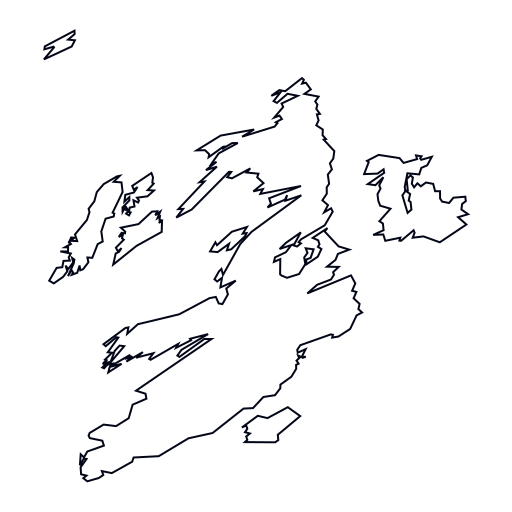 the district of Dønna nor, Nordland, Norway
{"feature_id": "86288312B44883610080028", "entity_name": "Dønna nor", "entity_type": "district", "adm_level": 2, "iso_a3": "NOR", "parent_name": "Norway", "parent_adm1": "Nordland", "projection": "albers", "projection_center": [12.485, 66.133], "detail": "fine", "context": "isolated", "style": "outline", "palette": "ink", "viewbox_px": 512, "rotation_deg": 0, "n_neighbors": 0, "source": "geoboundaries", "source_scale": "gbopen_adm2", "svg_char_len": 6038}
<svg xmlns="http://www.w3.org/2000/svg" viewBox="0 0 512 512"><path d="M302.0,78.1L285.2,91.2L279.3,90.1L271.3,95.8L280.6,92.2L273.6,101.1L276.9,102.9L287.5,93.8L297.8,95.8L281.6,103.5L283.2,107.0L274.2,117.6L279.5,115.6L281.9,119.0L275.8,122.3L277.4,123.2L274.6,126.6L242.1,136.7L254.1,129.5L220.6,135.6L196.6,150.4L205.0,150.2L209.2,154.2L208.6,157.3L223.1,146.8L224.9,146.6L221.9,149.1L232.1,143.1L237.8,143.0L218.7,153.4L211.3,164.0L216.5,161.9L205.9,170.1L216.9,166.7L199.6,182.2L204.4,181.5L178.4,209.1L183.1,208.9L176.3,217.6L191.7,209.5L229.0,171.8L231.2,172.0L227.2,177.2L232.0,178.3L250.3,168.4L246.6,172.5L258.4,173.7L257.2,177.3L263.5,183.1L253.3,191.4L262.9,189.1L260.3,193.9L301.0,186.0L269.1,198.3L270.9,203.6L267.5,207.5L285.0,199.6L287.1,195.1L285.5,200.7L301.3,195.3L251.6,231.8L240.2,244.1L223.0,274.9L221.4,268.9L218.9,271.5L214.5,279.3L217.2,281.5L222.0,277.8L220.4,287.4L235.8,280.6L226.3,288.5L227.9,294.4L222.4,304.1L218.7,303.4L215.8,296.9L209.4,298.2L179.2,314.3L137.9,324.2L127.2,333.8L128.4,327.4L125.4,328.0L103.5,344.2L105.7,346.2L116.4,337.2L118.3,337.6L107.8,352.3L112.1,352.7L105.0,359.6L106.5,360.2L103.5,362.9L103.0,364.5L104.4,362.5L107.8,362.3L102.3,367.5L104.1,368.3L111.0,360.9L114.7,350.9L119.6,345.6L124.2,346.2L108.9,364.3L112.2,363.7L109.9,366.4L108.3,372.4L121.6,363.8L110.7,366.7L111.7,365.6L130.2,354.8L127.5,358.0L132.3,356.3L126.4,361.6L142.9,352.1L136.1,357.7L153.4,353.2L149.1,358.9L150.6,359.8L178.2,343.9L176.1,347.8L191.1,340.2L190.0,338.8L208.1,334.1L181.5,349.8L177.4,355.6L179.4,356.9L204.3,339.0L211.5,339.0L136.0,390.7L145.5,393.7L146.4,398.7L132.6,404.7L128.7,418.2L116.1,426.1L103.6,424.6L89.7,432.9L88.6,435.6L89.8,438.1L102.3,440.7L103.9,445.6L87.3,451.5L84.0,457.4L80.7,454.3L79.9,465.3L83.8,458.6L86.5,459.0L80.6,467.3L81.1,474.3L86.5,475.6L83.3,478.2L87.3,481.3L98.8,478.0L103.3,475.0L101.9,471.1L111.8,473.1L132.2,461.7L133.6,457.5L158.7,456.2L188.5,438.3L212.6,433.0L243.5,408.6L253.0,408.1L263.4,397.0L275.0,395.2L280.3,388.3L280.4,384.6L291.4,376.7L296.2,368.8L296.1,364.9L298.6,363.7L296.5,360.6L299.2,358.1L298.1,355.5L302.9,357.8L305.8,356.7L301.7,357.0L305.6,349.2L297.8,352.6L297.2,349.9L300.3,345.2L330.8,334.4L332.9,334.8L332.2,337.6L338.5,336.5L350.2,328.9L356.6,315.4L362.1,312.5L358.4,309.1L359.6,303.9L353.6,298.3L356.4,291.9L352.1,290.8L355.3,283.4L351.0,275.4L307.3,293.4L317.1,284.8L331.0,279.5L334.0,274.7L333.1,272.2L338.7,266.9L327.0,266.7L335.5,259.9L337.9,253.9L349.3,249.6L338.6,246.4L324.6,231.4L327.5,228.1L312.7,237.9L318.2,240.3L319.5,244.3L317.9,246.8L321.4,249.0L317.8,256.7L306.5,264.3L306.2,259.5L310.6,257.9L313.6,249.3L305.7,248.3L307.5,252.8L304.2,257.5L305.3,264.1L299.1,274.0L287.0,277.8L281.4,275.5L280.1,274.3L280.3,259.1L273.9,261.9L275.0,257.4L285.9,252.2L291.4,245.0L279.6,249.0L285.9,242.9L300.8,232.4L293.6,245.4L297.0,246.5L300.9,243.4L298.6,242.1L301.1,239.3L324.7,225.3L332.7,211.7L331.1,208.3L324.2,212.3L328.0,205.1L322.4,200.3L326.8,193.7L326.7,187.3L329.1,183.8L327.8,174.6L331.9,169.4L329.9,163.3L333.3,158.6L334.3,151.1L323.7,139.6L326.0,139.0L322.6,135.3L322.8,129.5L316.3,125.3L318.6,120.4L316.9,114.4L319.9,113.9L316.3,108.9L317.4,104.6L315.2,101.4L318.6,96.6L304.4,93.9L310.8,89.4L305.9,82.7L302.1,83.6L303.9,79.9L302.0,78.1ZM378.6,154.9L367.0,160.9L368.7,162.2L364.1,174.1L377.6,173.6L383.6,169.3L384.2,172.8L367.8,184.1L375.4,185.2L383.4,177.2L379.2,185.4L380.5,188.6L377.5,194.2L378.3,200.9L380.2,205.7L390.5,208.7L379.4,221.2L382.9,223.5L383.6,230.2L373.2,234.9L383.3,234.5L385.3,240.8L400.3,237.7L399.4,240.6L401.1,240.8L413.6,230.3L414.6,232.8L412.7,237.7L423.5,236.4L439.8,242.3L466.4,224.5L458.1,217.2L468.1,214.2L461.4,209.5L462.1,204.0L465.8,201.1L465.3,196.7L453.4,197.7L449.1,203.0L442.1,201.6L440.1,198.5L440.0,191.2L435.1,191.2L433.2,183.9L426.0,182.5L420.8,186.3L417.4,183.3L414.1,187.3L411.8,183.7L412.9,177.5L410.5,175.4L406.6,179.2L407.8,190.4L405.9,190.9L410.1,194.0L408.7,200.6L410.6,202.0L411.4,209.6L407.6,212.9L402.4,195.3L405.4,191.1L404.7,186.9L407.4,173.3L419.2,174.4L421.3,167.9L427.2,165.3L431.8,156.8L421.2,159.8L420.1,158.2L421.5,156.3L416.0,155.4L417.1,159.1L403.6,162.9L399.5,158.1L378.6,154.9ZM113.7,181.8L119.8,175.8L116.9,176.4L103.7,184.1L96.8,192.1L94.3,201.4L88.6,208.8L89.5,212.1L86.9,220.0L75.0,234.4L77.2,241.1L70.4,240.8L74.4,237.8L71.2,237.4L68.6,243.3L69.5,242.3L70.9,244.0L64.9,247.3L68.1,247.4L68.0,251.5L60.3,251.4L70.8,253.5L68.7,257.3L69.8,260.6L63.5,260.9L62.3,267.2L56.6,267.9L49.2,280.7L53.8,283.4L63.2,276.8L67.3,271.3L65.6,265.6L68.2,269.1L73.2,262.4L72.1,257.9L74.4,259.6L73.7,263.4L68.0,276.1L71.6,270.2L73.1,272.5L71.8,274.8L77.2,272.8L79.6,265.5L80.3,270.3L83.1,269.2L88.4,262.3L87.4,257.5L92.3,257.8L97.7,244.1L102.7,241.5L101.3,231.4L105.6,218.7L113.7,216.5L114.3,213.6L112.6,212.7L122.6,192.0L121.5,182.4L113.7,181.8ZM300.2,416.1L287.8,407.2L267.5,418.1L257.8,415.8L241.9,427.5L246.2,425.5L247.3,428.8L245.0,432.2L249.9,433.5L246.2,436.5L247.3,439.9L244.9,442.1L275.2,442.3L278.3,440.1L277.8,434.8L300.2,416.1ZM157.3,211.3L152.0,211.6L138.5,224.1L120.9,227.7L125.2,231.6L125.0,233.3L121.6,232.8L118.8,237.0L122.9,234.6L122.0,238.3L123.8,239.7L115.9,247.7L118.0,251.5L121.5,248.1L119.0,251.9L115.7,253.5L113.2,264.6L136.5,245.9L161.7,231.9L162.0,221.3L158.7,222.8L161.5,220.3L159.5,219.9L159.9,216.5L157.5,218.1L160.2,211.7L155.3,215.3L157.3,211.3ZM151.4,173.0L132.2,185.9L133.8,189.7L137.5,187.1L133.9,192.5L125.3,194.8L124.4,201.6L129.3,197.1L129.4,200.4L122.5,207.4L122.6,211.8L125.8,205.9L125.7,210.7L126.8,208.3L128.4,210.6L126.1,213.6L129.0,215.4L130.6,212.4L128.9,212.0L129.7,207.6L134.5,206.5L133.5,200.3L138.1,202.5L139.0,200.5L137.0,197.7L147.5,196.3L154.0,190.5L147.7,190.1L153.7,183.6L152.3,182.7L153.0,177.3L151.4,173.0ZM74.5,30.7L44.8,46.4L44.4,49.3L53.5,46.7L54.0,47.4L43.9,59.4L71.7,46.5L74.9,40.3L68.1,39.6L74.6,34.1L74.5,30.7ZM246.9,227.0L231.9,231.7L217.0,245.2L215.4,242.3L210.1,251.4L217.6,252.1L229.0,243.8L226.9,250.3L231.2,249.3L244.9,236.4L246.5,233.1L242.7,233.6L246.9,227.0Z" fill="none" stroke="#020617" stroke-width="2"/></svg>